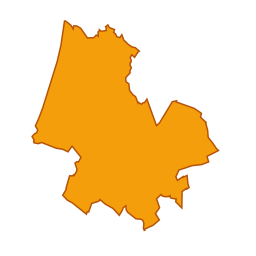 Celbridge Lea-4, Kildare, Ireland (Equal Earth projection), rotated 280°
{"feature_id": "5873133B70404185317284", "entity_name": "Celbridge Lea-4", "entity_type": "district", "adm_level": 2, "iso_a3": "IRL", "parent_name": "Ireland", "parent_adm1": "Kildare", "projection": "equal_earth", "projection_center": [-6.548, 53.32], "detail": "fine", "context": "isolated", "style": "filled", "palette": "amber", "viewbox_px": 256, "rotation_deg": 280, "n_neighbors": 0, "source": "geoboundaries", "source_scale": "gbopen_adm2", "svg_char_len": 1937}
<svg xmlns="http://www.w3.org/2000/svg" viewBox="0 0 256 256"><g transform="rotate(280 128 128)"><path d="M210.3,113.9L213.8,108.6L218.8,105.7L215.6,104.3L215.9,101.2L218.6,99.3L219.5,97.3L222.6,97.6L223.7,92.2L226.0,90.3L223.8,88.3L223.0,89.0L220.2,89.7L218.6,84.9L219.8,82.8L218.8,82.9L217.4,81.8L213.2,82.8L214.0,80.6L210.9,78.5L209.7,72.4L218.0,64.1L219.6,59.8L219.2,56.8L216.0,56.7L219.3,53.9L222.5,47.9L222.3,46.9L197.9,47.6L180.9,46.7L134.3,40.7L128.1,39.6L122.3,38.5L113.9,36.4L110.6,39.3L109.5,39.4L107.2,38.7L106.1,37.0L103.0,35.0L99.7,37.7L98.3,37.4L97.1,38.0L97.0,42.4L98.7,45.5L95.6,60.9L95.7,67.5L94.1,73.0L100.4,76.1L91.0,86.8L85.9,85.1L86.0,83.5L84.2,81.9L78.6,84.9L76.5,84.9L71.9,83.2L72.4,82.4L71.2,81.9L70.8,78.8L57.9,77.4L57.4,78.0L50.4,75.4L46.4,80.8L44.5,86.4L35.9,102.0L38.4,102.4L38.5,103.9L47.4,105.3L50.0,110.5L51.4,112.4L52.7,112.8L49.0,119.1L46.2,127.2L40.5,134.6L45.7,136.6L48.8,137.2L51.0,139.4L47.1,140.4L45.0,142.3L40.0,151.4L40.4,156.6L39.6,158.7L36.8,160.2L32.0,160.6L30.0,161.8L30.4,162.4L31.3,162.0L36.7,169.7L42.9,174.8L48.5,169.9L55.0,172.9L63.2,168.4L68.2,172.0L66.9,173.7L66.8,176.6L67.5,179.7L68.7,181.1L66.9,181.7L66.4,182.7L66.4,187.9L63.7,187.7L58.6,194.9L74.8,192.3L78.5,195.9L77.9,196.2L79.9,198.5L83.5,196.7L91.5,194.4L89.1,190.9L89.7,190.7L85.0,185.8L88.2,183.6L95.4,185.4L102.0,197.5L104.7,206.7L108.6,213.3L113.8,210.7L121.5,221.0L123.6,218.1L127.6,214.3L132.7,208.6L139.7,206.8L146.2,203.7L147.0,204.0L151.2,197.5L155.2,197.8L158.8,189.9L162.0,170.9L163.2,171.1L161.6,167.1L138.6,158.2L135.3,155.6L159.7,141.6L155.9,139.9L155.2,138.1L153.7,137.1L155.3,133.5L154.5,133.4L160.2,130.0L161.6,127.0L165.3,123.0L171.6,121.2L173.3,117.9L177.2,117.0L182.7,120.5L184.3,119.9L187.9,120.8L190.3,119.1L192.5,118.8L193.0,119.5L195.1,119.4L198.0,118.0L200.8,119.0L198.7,122.2L204.6,124.7L205.6,125.8L208.3,121.4L208.6,117.5L210.3,113.9Z" fill="#f59e0b" stroke="#b45309" stroke-width="1.5"/></g></svg>